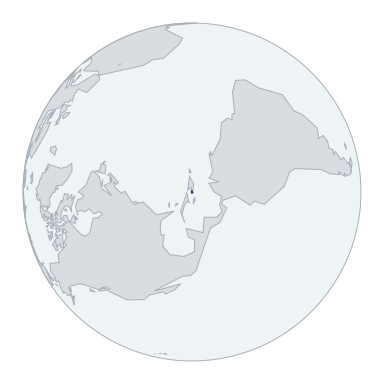 the Earth from above Grand'Anse, rotated 263°
{"feature_id": "HTI-1359", "entity_name": "Grand'Anse", "entity_type": "Department", "adm_level": 1, "iso_a3": "HTI", "parent_name": "Haiti", "parent_adm1": "", "projection": "orthographic", "projection_center": [-74.06, 18.515], "detail": "fine", "context": "on_globe", "style": "filled", "palette": "blue", "viewbox_px": 384, "rotation_deg": 263, "n_neighbors": 0, "source": "natural_earth", "source_scale": "10m", "svg_char_len": 9237}
<svg xmlns="http://www.w3.org/2000/svg" viewBox="0 0 384 384"><g transform="rotate(263 192 192)"><circle cx="192" cy="192" r="169" fill="#eef3f6" stroke="#a8b0b8"/><path d="M180.0,221.8L176.0,219.9L172.1,224.7L158.5,216.1L153.8,205.9L113.1,186.1L109.2,180.4L109.5,172.0L98.3,142.1L102.1,169.1L97.3,163.3L93.9,153.3L96.4,151.4L95.0,137.4L91.0,131.4L92.8,114.5L104.9,95.3L105.8,98.8L108.6,94.3L107.7,89.8L106.4,88.0L114.7,70.1L113.4,59.6L107.4,60.3L113.0,57.5L98.0,62.1L93.7,61.3L101.9,59.9L105.4,58.2L104.2,56.2L107.5,54.0L108.8,52.0L112.9,49.7L117.4,49.6L120.1,48.4L119.1,47.1L122.6,44.5L123.6,46.4L129.8,42.1L138.5,42.4L138.1,51.5L146.3,51.5L154.9,61.0L157.5,58.9L162.4,61.9L167.3,60.8L167.5,63.4L171.2,60.3L170.1,58.3L171.3,56.3L174.1,55.6L174.8,58.6L173.5,59.4L175.2,60.0L174.4,61.8L176.4,60.5L176.9,64.5L180.5,59.6L184.3,62.1L183.6,65.1L178.4,65.9L163.6,76.5L161.3,80.6L163.3,85.2L178.2,90.9L177.8,95.3L181.2,100.6L183.9,97.3L182.2,92.2L188.0,87.9L185.2,82.7L187.1,80.4L186.5,75.0L192.3,74.8L198.4,77.7L199.2,82.3L201.9,83.9L205.8,79.0L211.9,87.7L223.7,94.1L224.7,96.7L218.2,102.1L206.4,102.9L198.0,111.8L209.3,105.3L211.5,112.9L214.3,114.0L217.5,113.4L219.0,110.4L220.9,113.1L210.5,120.1L208.6,117.7L211.9,115.3L206.4,116.0L199.3,121.7L201.0,125.5L188.7,131.5L189.7,134.5L187.6,137.8L186.8,132.4L188.0,142.5L173.7,153.8L175.2,172.0L167.5,157.9L160.9,156.1L152.9,156.2L152.9,159.1L142.3,156.4L132.6,162.1L129.0,176.2L132.5,187.4L144.3,188.6L147.9,182.7L156.7,181.8L150.3,198.0L165.5,200.9L163.9,213.0L168.3,219.4L176.0,217.9L183.9,220.9L189.5,213.8L198.6,209.8L198.9,219.7L203.9,210.6L209.0,215.1L227.0,213.7L225.7,216.1L240.9,226.4L257.1,229.6L260.9,236.1L259.0,240.6L264.6,241.1L264.7,243.9L286.6,244.4L297.4,248.9L296.9,258.3L287.3,270.8L277.6,293.5L260.2,303.0L255.0,311.5L240.3,324.0L229.8,324.3L232.1,329.2L225.7,332.7L218.7,333.4L217.0,336.9L211.8,337.2L214.9,339.2L205.9,343.7L207.8,346.8L201.2,349.9L202.6,351.5L200.3,351.5L197.7,352.1L197.3,353.0L190.4,351.5L189.0,347.7L191.9,345.7L188.8,345.3L194.9,339.6L191.4,340.8L193.1,331.5L198.5,323.1L202.8,296.5L199.3,291.0L186.4,284.4L171.0,262.1L175.2,252.8L171.8,248.2L183.0,234.7L180.0,221.8ZM33.9,147.5L35.1,143.7L34.8,146.6L33.9,147.5ZM35.6,141.0L35.2,142.4L35.5,141.2L35.6,141.0ZM35.6,139.9L35.6,140.7L35.5,140.2L35.6,139.9ZM35.4,138.9L35.6,139.3L35.4,138.9ZM174.2,178.2L191.7,186.8L181.8,187.9L183.6,186.3L179.2,182.7L171.0,179.4L162.3,181.1L174.2,178.2ZM35.7,136.3L35.8,135.5L36.1,135.5L35.7,136.3ZM182.1,168.2L179.1,167.5L182.0,167.4L182.1,168.2ZM105.2,87.7L107.3,90.0L106.9,95.1L104.8,93.3L105.2,87.7ZM106.4,78.8L108.3,79.0L105.0,83.3L104.9,81.9L106.4,78.8ZM102.3,61.6L103.4,62.7L101.2,62.5L102.3,61.6ZM108.3,52.1L107.0,52.6L108.2,51.4L108.3,52.1ZM183.3,75.5L184.8,75.3L184.2,76.4L183.3,75.5ZM181.5,73.6L179.6,75.1L178.5,74.4L179.7,73.5L181.5,73.6ZM115.6,47.0L118.0,45.1L116.3,46.9L115.6,47.0ZM184.1,72.0L176.8,73.0L174.9,71.8L177.8,67.5L184.1,72.0ZM120.0,44.0L125.8,40.0L123.3,40.6L133.7,37.2L125.3,41.4L123.6,43.4L122.5,43.0L120.0,44.0ZM168.5,57.9L169.8,60.1L166.2,59.0L168.5,57.9ZM165.9,57.8L152.9,58.1L152.3,54.9L156.8,55.2L154.0,51.9L160.1,50.1L163.0,51.6L162.2,53.9L165.1,51.5L165.9,57.8ZM138.5,36.2L140.6,35.4L139.2,36.2L138.5,36.2ZM171.5,55.5L168.9,55.7L168.3,52.9L173.3,52.0L171.9,53.1L171.5,55.5ZM150.3,52.1L150.6,50.1L155.7,48.0L156.5,46.9L160.2,49.8L150.3,52.1ZM173.5,53.4L175.9,51.6L178.7,52.4L174.0,55.1L173.5,53.4ZM166.0,52.6L165.9,51.2L167.6,51.6L166.0,52.6ZM190.1,54.8L187.0,54.7L186.4,53.2L190.1,54.8ZM176.6,50.9L175.6,50.7L175.0,50.2L177.1,49.2L176.6,50.9ZM163.5,48.3L165.5,48.0L162.3,47.0L165.9,45.6L167.7,47.9L168.5,46.4L169.6,46.0L169.8,48.4L163.5,48.3ZM177.5,46.8L181.0,49.7L186.9,49.9L187.6,51.2L178.1,50.7L177.5,46.8ZM173.0,47.5L175.9,47.3L175.3,48.8L172.9,49.9L173.0,47.5ZM167.7,44.0L161.7,45.5L161.5,44.9L167.7,44.0ZM179.3,46.5L178.4,45.8L179.8,46.3L179.3,46.5ZM171.4,44.3L169.3,44.9L169.2,44.2L171.4,44.3ZM178.4,44.2L179.6,45.1L178.0,45.7L178.4,44.2ZM175.3,44.0L175.6,43.1L176.7,45.5L174.4,44.3L175.3,44.0ZM171.7,43.7L170.9,43.5L172.6,43.6L171.7,43.7ZM183.9,41.4L185.6,44.3L182.1,45.7L180.9,42.6L183.9,41.4ZM201.8,354.4L190.9,352.1L197.1,353.2L201.7,351.8L207.3,353.4L201.8,354.4ZM215.2,350.3L220.4,349.2L221.5,349.5L218.2,350.4L215.2,350.3ZM323.1,85.5L324.7,87.6L320.4,82.8L311.7,72.7L323.1,85.5ZM300.2,62.3L302.4,64.1L303.3,64.9L305.0,66.4L306.9,68.2L305.9,67.3L303.9,65.5L304.3,66.2L313.8,75.6L316.2,77.8L320.1,83.7L324.4,88.1L327.1,92.0L320.7,86.0L317.9,82.9L309.8,79.1L313.1,82.8L321.0,86.8L320.6,87.4L325.2,93.3L321.3,89.3L311.9,84.7L312.3,91.3L320.8,109.7L319.4,113.7L314.7,113.9L303.6,99.5L308.0,92.1L304.1,87.7L296.5,84.1L298.4,82.4L295.8,80.3L296.8,77.7L291.5,70.2L291.5,67.5L283.0,61.2L281.8,59.2L287.2,63.3L290.9,65.1L290.1,59.7L288.0,57.6L282.6,54.2L283.0,53.4L277.8,50.9L274.2,47.1L274.3,49.8L267.8,46.6L262.1,43.0L260.0,42.6L269.3,48.7L273.0,50.9L276.2,51.8L286.2,59.0L287.9,61.8L277.4,56.6L278.6,60.3L270.0,55.4L250.2,40.6L245.3,36.7L250.6,35.3L255.5,37.3L256.0,38.6L261.5,39.7L258.2,38.5L258.6,38.1L252.5,35.7L252.5,35.3L246.7,33.8L246.1,33.2L249.7,34.1L240.2,30.7L237.0,29.4L234.8,28.8L233.4,28.6L230.3,27.5L228.9,27.1L229.3,27.3L226.7,27.0L221.0,26.1L220.2,25.7L222.2,26.0L225.2,26.3L225.3,26.3L236.9,29.1L248.4,32.7L259.5,37.1L270.4,42.3L280.8,48.2L290.8,54.9L300.2,62.3ZM224.0,26.1L221.2,25.8L217.9,25.4L218.9,25.3L218.3,25.3L216.4,25.0L213.9,24.5L212.4,24.6L193.0,24.0L186.1,23.7L189.2,23.3L174.8,24.2L168.2,24.8L168.7,24.8L162.1,25.9L164.0,25.7L163.8,25.9L147.7,30.1L143.4,31.2L137.0,34.1L137.2,34.3L140.1,33.5L133.7,37.2L123.3,40.6L123.3,40.0L116.8,43.0L117.8,41.3L115.5,41.8L120.4,39.0L118.9,39.7L123.5,37.6L125.6,36.9L124.6,37.1L127.9,35.7L128.8,35.3L140.2,31.2L151.9,27.9L163.7,25.4L175.7,23.8L187.8,23.1L200.0,23.2L212.0,24.2L224.0,26.1ZM359.0,217.9L359.6,201.8L359.7,189.1L359.0,185.6L357.9,189.4L356.5,185.2L355.5,186.8L346.0,201.5L340.6,197.6L328.2,180.0L328.1,169.3L323.6,159.3L319.2,114.6L323.3,113.4L325.5,99.6L326.6,99.4L331.8,107.3L337.7,108.7L333.3,100.7L333.4,99.6L339.8,110.2L345.4,121.2L350.2,132.7L354.1,144.4L357.2,156.4L359.3,168.6L360.6,180.9L361.0,193.3L360.4,205.6L359.0,217.9ZM326.6,134.3L328.1,137.4L326.6,134.3ZM227.6,213.6L229.8,215.3L226.9,215.6L227.6,213.6ZM180.4,192.0L184.1,192.3L186.0,193.8L183.2,194.3L180.4,192.0ZM211.4,191.6L215.6,192.3L211.2,193.3L211.4,191.6ZM194.4,187.9L208.0,191.5L199.5,194.6L190.9,192.5L196.8,191.5L194.4,187.9ZM180.3,174.0L182.7,174.8L182.0,176.6L180.3,174.0ZM184.2,168.2L183.4,168.4L182.2,166.9L184.2,168.2ZM212.1,112.4L213.0,112.0L216.3,112.1L214.8,113.4L212.1,112.4ZM230.8,105.3L233.5,109.9L230.5,107.3L228.9,109.8L220.6,107.9L224.7,98.0L224.4,102.7L230.8,105.3ZM210.7,103.4L215.5,105.2L210.0,103.6L210.7,103.4ZM280.6,72.8L283.1,72.9L286.0,75.8L285.9,80.6L281.8,76.3L280.6,72.8ZM286.0,72.6L275.6,67.0L275.2,64.3L277.2,66.6L278.0,65.4L281.4,69.0L291.1,72.5L294.3,75.4L292.6,81.7L291.4,77.8L289.0,77.7L286.0,72.6ZM249.7,61.7L245.2,60.4L250.2,56.0L253.8,57.8L254.1,62.2L249.9,62.8L249.7,61.7ZM190.7,64.6L188.6,65.3L188.4,64.3L190.0,63.0L190.7,64.6ZM188.7,54.9L199.4,61.2L197.6,62.1L206.0,65.3L204.6,69.1L199.2,66.8L204.3,72.5L198.9,71.9L202.9,75.6L191.0,70.1L186.3,70.3L192.1,68.6L193.6,64.9L192.8,63.4L187.1,59.4L177.7,58.5L177.7,55.2L180.1,53.1L182.4,52.8L181.7,54.9L185.2,53.0L185.9,56.0L188.7,54.9ZM209.1,37.1L207.4,38.7L214.6,37.5L215.3,39.5L216.1,39.3L218.8,41.0L223.4,42.7L223.0,43.7L224.9,44.0L226.7,45.3L229.3,46.2L229.4,48.3L232.6,49.6L230.9,50.0L236.3,51.7L232.3,51.4L234.3,53.4L237.1,52.6L231.5,64.7L232.2,70.7L235.0,76.1L227.8,75.6L220.6,70.5L214.5,63.9L214.8,58.4L211.5,59.5L210.7,57.3L213.7,57.4L208.6,56.0L208.7,54.3L203.3,49.8L195.9,49.4L193.8,47.9L196.7,47.3L192.5,46.4L196.5,44.3L195.0,43.3L197.6,40.6L204.1,40.2L201.9,39.2L203.8,37.4L209.1,37.1ZM184.8,40.6L192.4,39.2L196.6,39.8L190.4,44.5L191.2,45.7L187.4,49.2L181.5,48.3L183.1,47.3L183.3,46.2L185.1,46.9L183.8,45.6L186.0,44.3L185.6,43.0L188.2,42.8L184.8,40.6ZM324.7,95.6L325.0,94.9L324.7,93.2L327.6,97.1L324.7,95.6ZM318.4,92.5L318.2,91.2L322.2,95.3L321.9,96.2L318.4,92.5ZM314.7,87.2L317.9,90.8L316.0,89.4L314.7,87.2ZM286.7,62.2L286.0,60.9L287.3,61.5L289.2,63.2L286.7,62.2ZM230.5,35.8L228.9,36.1L227.9,35.7L222.2,35.3L221.2,34.0L224.2,33.7L230.5,35.8ZM327.9,92.6L328.2,92.3L328.7,93.7L327.9,92.6ZM228.5,34.3L226.3,34.2L227.1,33.6L228.5,34.3ZM220.1,33.1L220.6,32.4L220.4,33.8L220.1,33.1ZM216.6,26.3L225.7,27.9L231.5,29.0L233.7,29.0L234.5,30.0L225.5,28.4L216.6,26.3ZM196.0,24.2L194.1,24.7L192.3,24.4L192.5,24.2L196.0,24.2ZM196.7,24.5L199.2,25.4L196.5,25.6L195.0,24.9L196.7,24.5ZM214.2,28.8L217.0,29.3L216.2,29.7L214.2,28.8ZM139.7,35.3L140.5,35.4L138.7,35.8L139.7,35.3ZM165.0,25.7L164.3,26.1L162.2,26.3L165.0,25.7ZM161.2,27.2L164.1,26.6L161.4,27.4L161.2,27.2ZM170.5,25.5L165.4,26.5L169.8,25.4L170.5,25.5Z" fill="#d9dde1" stroke="#a8b0b8" stroke-width="1"/><path d="M190.9,192.5L190.9,192.4L190.9,192.1L191.0,191.9L191.0,191.7L191.3,191.6L191.5,191.5L192.1,191.7L192.3,191.8L192.5,191.8L192.8,191.9L192.9,192.0L192.8,192.3L192.7,192.3L192.4,192.4L192.2,192.4L191.9,192.3L191.6,192.4L191.4,192.4L191.2,192.4L191.1,192.5L191.0,192.4L190.9,192.4L190.9,192.5ZM192.7,191.7L192.8,191.6L193.0,191.7L192.9,191.8L192.7,191.7L192.7,191.7Z" fill="#3b82f6" stroke="#1e3a8a" stroke-width="1.5"/></g></svg>